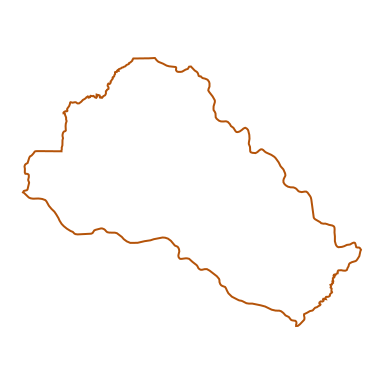 Doa, Tete, Mozambique (Albers equal-area conic projection)
{"feature_id": "85939544B50674606181773", "entity_name": "Doa", "entity_type": "district", "adm_level": 2, "iso_a3": "MOZ", "parent_name": "Mozambique", "parent_adm1": "Tete", "projection": "albers", "projection_center": [34.572, -16.606], "detail": "fine", "context": "isolated", "style": "outline", "palette": "amber", "viewbox_px": 384, "rotation_deg": 0, "n_neighbors": 0, "source": "geoboundaries", "source_scale": "gbopen_adm2", "svg_char_len": 5860}
<svg xmlns="http://www.w3.org/2000/svg" viewBox="0 0 384 384"><path d="M296.1,326.0L297.8,325.9L299.9,324.3L303.9,320.1L304.3,319.5L304.5,317.9L304.0,315.3L304.1,314.2L307.2,312.7L309.9,311.1L312.5,310.5L313.0,310.1L313.8,309.1L315.2,307.7L316.9,307.2L318.3,306.2L320.0,305.3L320.5,304.6L320.3,304.1L319.4,303.6L319.3,303.2L319.5,302.4L320.3,301.8L320.5,301.5L320.7,301.4L322.6,301.5L323.4,300.9L323.6,300.7L323.6,300.1L323.0,299.5L323.3,298.8L324.1,298.8L325.8,299.1L325.3,298.1L326.1,296.9L326.9,296.8L327.9,296.9L329.5,296.2L329.9,295.6L329.9,294.9L330.2,294.1L331.0,293.2L331.7,292.8L332.1,292.2L332.0,291.9L331.4,291.2L331.6,288.5L330.6,287.6L331.0,286.5L330.5,284.8L331.9,284.5L332.0,283.5L332.5,283.4L333.1,282.9L333.0,282.1L332.4,281.4L332.5,281.0L333.2,280.9L332.8,279.2L332.9,278.1L334.1,277.5L334.4,277.0L334.3,276.8L333.5,275.9L333.9,274.8L334.3,274.6L335.0,275.6L336.4,273.7L336.6,273.5L337.6,273.4L337.8,272.8L337.7,271.3L338.4,270.4L341.2,270.2L343.2,270.6L345.2,270.7L346.1,270.4L346.9,269.9L347.6,267.9L348.5,266.4L349.0,264.3L349.7,263.3L351.8,262.2L355.5,261.1L356.3,260.6L357.2,259.5L359.3,256.2L360.4,251.1L361.0,249.8L360.0,248.2L359.0,247.5L357.4,247.5L356.3,247.2L355.4,243.9L354.9,242.9L354.0,242.6L352.6,243.0L350.0,244.5L346.9,244.9L344.2,246.2L341.9,246.9L338.4,247.2L337.2,246.6L336.3,245.5L335.8,244.5L334.9,241.3L334.9,236.4L334.5,232.5L334.6,229.2L334.5,227.8L334.1,226.7L333.6,226.2L332.3,225.5L328.9,224.8L327.1,224.1L325.2,223.6L323.5,223.7L321.2,223.2L320.2,222.2L315.2,219.3L314.4,218.6L313.8,217.7L313.7,217.2L311.3,199.4L310.8,197.4L310.1,196.1L307.5,192.5L306.2,191.6L304.6,191.6L301.7,192.1L299.3,191.6L298.4,191.1L296.3,188.8L295.0,188.0L293.4,187.4L290.5,187.3L288.0,186.7L286.0,185.5L284.6,184.2L283.5,182.4L283.4,180.5L283.8,178.8L285.3,175.8L285.4,175.2L285.1,173.4L283.4,169.4L280.6,166.3L278.7,162.4L275.6,158.1L274.3,156.8L271.4,154.9L266.1,152.5L264.7,151.5L263.2,150.0L261.9,149.3L261.0,149.3L260.2,149.7L258.6,150.9L257.5,152.0L255.5,153.1L252.3,152.8L250.7,152.2L250.2,151.2L250.0,146.9L248.8,143.9L248.9,142.4L249.5,138.8L249.3,134.9L248.3,130.8L247.9,129.8L246.8,128.6L245.4,127.8L244.8,127.9L243.4,128.6L241.8,130.0L239.6,131.5L237.7,132.1L236.5,132.0L235.7,131.4L233.4,127.8L230.9,126.0L229.9,124.1L227.8,121.9L226.0,121.3L223.0,121.5L220.9,121.4L219.0,120.7L216.7,118.8L215.7,117.3L215.5,113.4L214.7,111.6L213.7,110.3L213.5,109.0L213.6,106.3L214.8,102.3L214.9,101.0L214.7,100.1L212.6,96.4L209.2,92.0L208.3,90.5L208.5,89.1L209.5,86.6L209.5,85.7L209.5,83.4L209.1,81.9L207.9,80.1L206.9,79.4L204.9,78.6L202.7,78.1L201.6,77.3L200.7,76.3L199.6,76.3L198.7,75.9L198.0,73.6L197.4,72.5L196.7,71.8L194.7,70.5L190.9,66.5L189.1,66.7L187.8,68.9L185.6,69.6L182.2,71.6L180.5,71.9L178.2,71.9L176.9,71.4L176.2,70.5L176.0,69.9L176.2,67.8L176.0,67.3L175.5,67.0L169.1,66.3L166.6,65.6L162.9,63.6L158.4,61.8L156.7,60.3L154.9,58.0L149.2,58.3L133.3,58.5L132.9,59.3L132.6,59.5L132.3,60.7L130.2,62.6L129.2,62.9L128.8,64.0L126.5,65.0L125.3,66.3L123.9,66.8L123.0,67.4L121.9,67.6L121.1,68.3L118.8,69.2L118.5,69.8L118.7,70.9L118.1,70.9L117.5,70.3L117.0,70.8L116.7,72.0L115.9,71.9L115.1,72.1L115.0,72.3L115.1,74.0L114.3,75.2L114.2,76.2L113.7,76.8L112.8,77.2L112.6,77.6L112.8,78.6L111.8,79.8L111.3,80.8L110.6,81.4L110.7,82.6L110.2,83.4L109.6,84.0L108.8,83.5L108.5,83.5L107.9,84.2L107.6,85.8L108.5,87.3L108.5,88.8L106.9,89.9L106.7,90.5L105.9,91.2L105.9,93.6L105.2,95.1L104.7,95.5L103.4,96.1L102.1,97.8L101.7,97.8L101.1,97.1L100.6,97.1L100.4,97.6L100.2,97.7L99.9,97.5L99.7,95.5L98.4,95.0L97.5,95.1L97.2,94.8L96.6,94.6L96.5,95.8L97.1,96.5L96.3,97.8L95.2,97.5L94.4,96.9L93.6,96.0L93.3,95.9L92.3,96.2L90.6,95.8L90.3,96.1L90.1,97.1L89.2,97.5L88.7,97.6L88.7,96.9L87.8,96.4L86.2,97.5L86.0,97.9L84.9,98.8L82.8,100.0L81.3,101.7L79.0,103.4L77.4,103.4L76.1,102.4L75.1,102.2L72.5,102.7L70.7,102.2L70.2,102.5L69.9,104.0L69.2,106.0L67.3,108.6L67.1,109.4L67.4,110.4L67.3,111.0L66.8,111.3L65.6,111.2L65.2,111.3L63.9,112.1L63.4,112.9L63.5,113.3L64.4,113.0L64.8,113.4L65.1,115.0L66.1,117.5L66.1,119.4L66.6,121.1L65.8,123.7L65.6,126.1L65.8,130.5L65.3,131.1L64.2,131.4L63.7,131.8L63.0,132.9L62.6,134.4L62.5,135.9L63.0,138.2L62.5,140.1L62.4,145.3L61.7,147.7L61.8,149.2L61.5,150.3L61.5,151.3L37.0,151.1L35.2,151.3L34.5,151.9L33.5,153.4L31.6,155.5L29.9,156.5L29.2,157.9L27.6,163.0L25.8,164.0L25.1,164.7L24.7,165.7L24.5,166.6L24.9,168.8L24.8,172.4L25.3,173.7L25.6,173.8L26.9,173.8L28.1,174.2L28.6,174.6L28.8,175.5L28.8,177.1L28.2,179.7L28.3,180.5L29.0,182.2L29.1,182.8L27.5,189.5L26.8,190.2L24.3,190.8L23.7,191.1L23.0,192.4L23.9,192.8L28.8,197.5L30.6,198.3L33.1,198.7L38.3,198.5L40.3,198.7L42.3,199.0L45.3,200.1L46.4,201.3L48.9,205.8L51.5,208.9L54.4,211.7L56.3,214.5L58.5,218.2L59.5,220.5L61.6,223.9L63.8,226.2L66.9,228.7L70.6,231.0L72.8,231.9L74.3,233.5L75.4,234.1L77.7,234.4L91.1,233.7L92.5,233.1L94.3,230.4L95.7,229.8L101.1,228.4L102.3,228.5L103.9,229.1L105.0,229.9L106.2,231.3L107.3,232.2L109.3,232.6L115.0,232.7L116.9,233.2L121.8,236.9L123.8,239.2L126.8,241.4L130.3,242.9L137.6,242.8L144.5,241.2L150.5,240.3L153.8,239.2L162.6,237.5L165.1,237.7L167.9,238.6L170.9,240.8L174.8,245.5L177.5,246.7L178.2,247.5L179.0,249.2L179.3,251.4L178.4,255.2L178.4,256.1L178.7,257.3L179.7,258.6L180.5,258.9L181.5,258.9L185.7,258.3L186.8,258.3L189.1,258.8L192.5,261.9L196.6,265.1L197.5,266.3L198.4,268.2L199.4,269.1L200.5,269.7L201.9,269.8L204.9,269.1L206.9,269.1L209.7,270.7L216.8,276.2L219.0,278.8L219.4,280.0L219.5,282.1L220.2,284.0L221.1,285.2L222.2,285.9L225.1,287.0L226.0,288.4L226.9,290.5L228.4,293.3L231.9,296.7L237.7,299.7L239.2,300.4L241.5,300.8L242.7,301.3L246.4,303.2L248.9,303.6L252.3,303.6L260.6,305.3L265.1,306.5L271.7,309.7L275.6,310.6L279.4,310.7L281.2,311.3L283.4,313.0L285.5,315.4L288.8,317.0L290.8,319.6L291.5,320.1L292.5,320.4L295.3,320.8L296.0,321.4L296.3,321.9L296.5,323.2L296.1,324.6L296.1,326.0Z" fill="none" stroke="#b45309" stroke-width="2"/></svg>